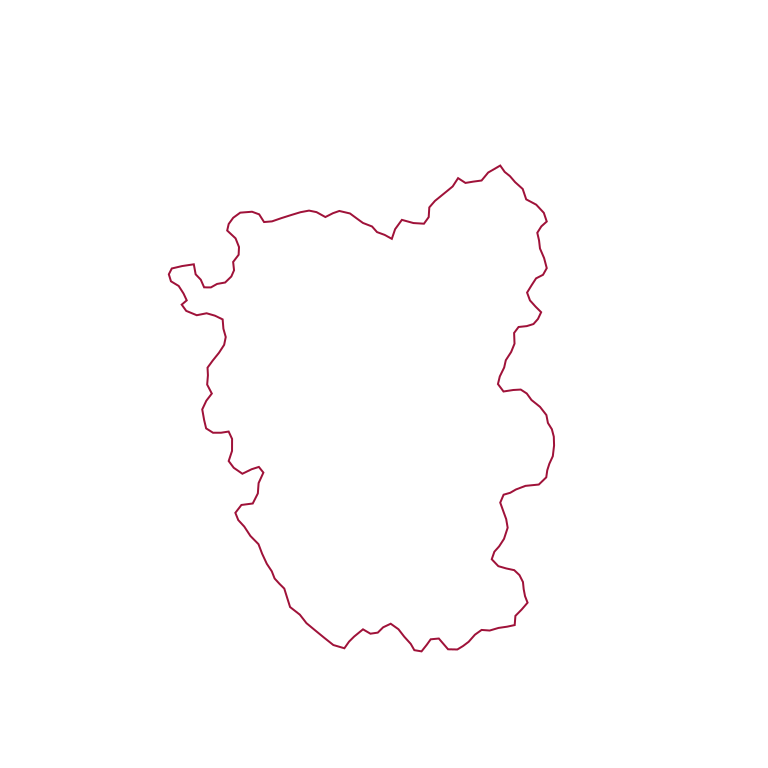 Matipó, Minas Gerais, Brazil (Mercator projection), rotated 303°
{"feature_id": "56859067B68269695740740", "entity_name": "Matipó", "entity_type": "district", "adm_level": 2, "iso_a3": "BRA", "parent_name": "Brazil", "parent_adm1": "Minas Gerais", "projection": "mercator", "projection_center": [-42.313, -20.304], "detail": "fine", "context": "isolated", "style": "outline", "palette": "rose", "viewbox_px": 768, "rotation_deg": 303, "n_neighbors": 0, "source": "geoboundaries", "source_scale": "gbopen_adm2", "svg_char_len": 2650}
<svg xmlns="http://www.w3.org/2000/svg" viewBox="0 0 768 768"><g transform="rotate(303 384 384)"><path d="M140.8,494.7L148.9,495.0L155.9,496.5L166.8,500.0L167.2,508.6L172.1,514.2L179.5,515.8L186.6,520.2L186.2,529.7L183.1,538.6L180.6,548.0L177.3,554.4L180.2,561.1L188.7,561.9L195.3,562.2L200.4,568.6L196.4,582.2L201.3,590.1L207.3,593.0L213.9,595.4L223.3,596.8L230.9,599.8L234.8,606.9L241.8,612.9L247.5,619.4L253.0,624.9L261.1,620.5L269.9,622.3L278.8,623.5L282.9,617.8L288.0,612.9L293.6,608.4L297.5,601.7L298.8,594.6L295.9,587.0L293.5,579.1L295.7,569.8L303.5,567.9L310.5,569.0L319.5,569.0L330.8,566.0L337.2,560.1L341.8,554.0L347.8,546.1L356.3,544.6L361.5,549.1L367.4,552.1L375.6,558.1L384.0,568.6L394.1,570.9L400.6,567.9L407.2,566.1L415.4,564.9L425.1,560.1L432.3,555.1L437.5,549.4L440.6,542.7L446.4,537.1L449.8,527.3L450.9,516.4L453.8,508.9L453.8,501.7L449.4,495.7L442.8,488.3L446.0,479.6L453.4,477.0L463.3,475.8L470.3,473.2L480.1,473.2L488.9,471.5L497.7,465.3L505.1,465.8L510.3,472.2L515.7,476.7L522.4,477.7L529.8,476.7L531.4,469.1L533.6,460.9L538.6,454.2L547.1,454.0L555.4,454.0L562.2,457.9L569.8,457.4L576.8,449.7L582.6,441.0L588.9,435.8L594.3,430.2L601.9,430.1L608.9,432.0L614.6,424.8L617.3,414.0L616.3,402.7L623.1,394.1L624.7,384.0L626.9,376.5L627.6,369.7L630.5,362.5L618.1,356.2L607.8,355.0L602.3,348.6L597.0,342.8L597.0,334.0L587.1,334.0L575.2,330.2L565.3,327.0L556.8,325.8L548.3,330.6L540.2,330.2L535.0,321.0L531.4,309.6L519.9,309.0L510.0,311.5L509.4,303.3L507.6,295.4L509.6,288.2L507.6,278.6L508.0,271.0L508.5,262.6L504.8,252.3L499.5,248.2L492.1,243.9L491.4,233.8L488.6,226.7L482.6,220.4L475.5,214.4L467.1,207.5L459.4,201.5L454.5,195.2L458.3,186.9L456.6,179.5L449.4,170.1L441.3,167.0L433.6,166.6L427.3,168.9L425.3,180.2L419.9,187.8L413.2,191.7L404.2,191.0L397.7,196.3L391.0,197.4L382.6,195.5L377.0,189.5L370.7,186.2L367.1,180.5L371.7,173.5L373.4,166.3L380.8,159.3L373.0,150.5L365.3,143.1L358.8,143.8L354.1,149.4L354.4,158.4L350.7,166.6L346.7,173.0L340.4,171.1L337.6,178.3L339.7,189.5L346.7,196.7L349.2,204.9L350.3,213.5L342.9,219.2L337.2,225.7L329.8,228.6L320.4,228.6L310.5,227.6L301.6,227.1L295.4,231.6L287.2,236.0L282.2,244.8L273.2,244.1L263.7,245.4L255.9,252.7L249.9,259.0L250.0,267.2L254.4,273.9L259.5,279.6L255.2,286.5L245.1,293.0L234.8,295.7L231.9,303.6L231.6,314.1L240.4,319.4L246.3,324.2L244.0,331.1L232.6,332.8L223.5,337.8L212.3,339.0L204.9,330.3L195.0,329.5L190.5,335.9L188.3,344.5L183.8,354.7L181.3,366.0L175.3,374.2L169.4,383.6L165.8,391.9L161.3,398.2L159.5,405.1L158.1,411.8L152.3,418.8L145.8,426.7L144.7,439.1L141.2,449.2L140.0,459.5L138.6,472.2L137.5,483.7L140.8,494.7Z" fill="none" stroke="#9f1239" stroke-width="2"/></g></svg>